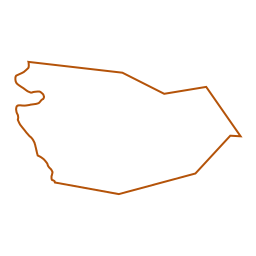 Gualala, Santa Bárbara, Honduras
{"feature_id": "27666195B84597002869459", "entity_name": "Gualala", "entity_type": "district", "adm_level": 2, "iso_a3": "HND", "parent_name": "Honduras", "parent_adm1": "Santa Bárbara", "projection": "orthographic", "projection_center": [-88.228, 15.004], "detail": "fine", "context": "isolated", "style": "outline", "palette": "amber", "viewbox_px": 256, "rotation_deg": 0, "n_neighbors": 0, "source": "geoboundaries", "source_scale": "gbopen_adm2", "svg_char_len": 4483}
<svg xmlns="http://www.w3.org/2000/svg" viewBox="0 0 256 256"><path d="M240.6,136.3L206.2,86.9L164.2,93.8L122.4,72.7L28.5,61.9L28.6,62.2L28.6,62.4L28.6,62.8L28.7,63.5L28.7,64.4L28.8,64.8L28.8,65.2L28.8,65.8L28.7,66.3L28.7,66.5L28.7,66.9L28.6,67.1L28.6,67.3L28.4,67.6L28.4,67.8L28.3,68.0L28.2,68.1L27.8,68.5L27.0,69.2L25.8,70.3L24.5,71.4L24.3,71.6L24.1,71.8L23.9,71.9L23.6,72.1L23.1,72.4L22.9,72.5L22.6,72.6L22.4,72.8L21.9,73.0L21.1,73.4L19.3,74.2L17.6,75.0L16.7,75.4L16.4,75.5L16.2,75.7L16.1,75.8L15.9,76.1L15.8,76.4L15.7,76.5L15.6,76.8L15.5,77.1L15.5,77.5L15.4,77.7L15.4,78.0L15.4,78.3L15.4,78.5L15.4,78.8L15.4,79.1L15.4,79.5L15.4,79.8L15.5,80.2L15.6,80.6L15.6,81.0L15.7,81.4L15.8,81.6L15.9,81.8L16.0,82.0L16.1,82.4L16.2,82.6L16.4,82.8L16.5,83.1L16.8,83.4L16.9,83.5L17.0,83.6L17.2,83.9L17.4,84.0L17.8,84.4L18.2,84.7L18.5,84.9L18.9,85.2L19.1,85.4L19.6,85.7L21.2,86.8L23.1,88.0L23.6,88.3L23.8,88.5L24.7,89.2L25.2,89.5L25.9,90.1L26.7,90.6L27.0,90.9L27.3,91.0L27.5,91.2L27.7,91.3L27.9,91.4L28.6,91.7L29.3,92.0L29.6,92.1L30.1,92.3L30.3,92.4L30.6,92.5L30.8,92.6L31.1,92.6L31.4,92.6L31.5,92.6L31.8,92.5L32.1,92.5L32.4,92.3L32.7,92.2L32.9,92.2L33.1,92.1L33.4,92.0L33.8,92.0L34.0,91.9L35.0,91.8L35.8,91.7L37.0,91.6L37.6,91.5L38.0,91.5L38.3,91.5L38.8,91.5L39.1,91.5L39.3,91.5L39.5,91.6L39.8,91.7L40.1,91.8L40.3,91.9L40.4,92.0L40.6,92.1L41.0,92.4L41.7,93.0L42.5,93.7L42.9,94.1L43.0,94.2L43.1,94.3L43.5,95.1L43.6,95.4L43.7,95.8L43.8,96.2L43.9,96.4L44.0,96.6L44.0,96.8L44.0,97.0L43.9,97.5L43.8,97.8L43.7,98.0L43.6,98.3L43.5,98.5L43.4,98.6L43.3,98.8L43.2,98.8L43.1,99.0L42.9,99.1L42.4,99.4L42.2,99.5L41.6,99.9L41.5,100.0L41.4,100.1L40.9,100.7L40.4,101.3L40.1,101.7L39.6,102.2L39.4,102.5L39.2,102.7L39.1,102.8L38.9,102.9L38.6,103.1L38.4,103.2L38.1,103.3L37.9,103.4L37.6,103.5L37.4,103.5L36.9,103.7L36.4,103.8L36.0,103.9L35.8,104.0L35.3,104.0L34.0,104.2L33.3,104.3L31.7,104.5L31.1,104.6L30.8,104.6L30.6,104.7L30.3,104.7L29.7,104.9L29.3,105.0L29.1,105.0L28.6,105.1L27.9,105.2L27.3,105.3L26.6,105.4L26.0,105.5L25.4,105.5L24.8,105.6L24.3,105.6L24.2,105.6L23.7,105.6L22.8,105.5L21.8,105.5L21.3,105.4L20.4,105.3L19.8,105.3L19.6,105.3L19.4,105.3L19.2,105.3L18.8,105.3L18.5,105.4L18.3,105.4L18.2,105.4L18.1,105.5L17.9,105.5L17.7,105.7L17.5,105.8L17.3,105.8L17.1,106.0L16.9,106.2L16.8,106.3L16.7,106.4L16.7,106.5L16.5,107.0L16.4,107.2L16.3,107.6L16.3,108.0L16.2,108.3L16.1,108.9L16.1,109.0L16.1,109.5L16.2,110.1L16.4,111.3L16.5,112.0L16.6,112.3L16.7,112.5L16.9,113.2L17.2,113.7L17.2,113.8L17.4,114.1L17.6,114.5L17.8,114.9L17.8,115.1L17.9,115.3L18.0,115.7L18.0,116.0L18.1,116.4L18.1,116.9L18.2,117.2L18.2,117.4L18.2,117.6L18.2,117.9L18.2,118.1L18.1,118.4L18.0,118.9L18.0,119.2L17.9,119.3L17.9,119.5L17.8,119.8L17.9,120.0L18.3,120.9L18.6,121.6L19.2,122.9L19.9,124.2L20.0,124.4L20.1,124.6L22.2,127.3L23.5,128.9L24.8,130.5L26.4,132.6L28.2,134.6L28.5,135.0L28.8,135.4L29.2,135.7L29.5,136.1L29.8,136.4L30.0,136.5L30.3,136.8L30.6,137.0L31.1,137.4L31.2,137.5L31.3,137.7L31.7,138.1L32.0,138.5L32.3,138.8L32.6,139.3L32.9,139.7L33.1,140.1L33.3,140.3L33.4,140.6L33.6,141.0L34.0,141.7L34.1,141.9L34.2,142.2L34.4,142.5L34.5,142.9L34.6,143.0L34.8,143.9L35.0,144.4L35.2,145.1L35.3,145.4L35.3,145.6L35.4,146.1L35.5,146.5L36.1,148.8L36.1,149.1L36.2,149.4L36.3,149.8L36.3,150.0L36.4,150.3L36.5,150.4L36.5,150.7L36.5,150.9L36.6,151.0L36.8,152.0L37.0,153.0L37.5,154.6L37.5,154.8L37.6,155.1L37.7,155.5L38.7,156.0L39.2,156.2L39.7,156.4L40.0,156.6L40.2,156.8L41.2,157.3L41.3,157.4L42.4,158.2L43.6,159.1L43.9,159.4L44.0,159.5L44.9,160.5L45.5,161.2L46.0,161.9L46.3,162.2L46.6,162.6L46.8,162.9L47.0,163.2L47.2,163.5L47.3,163.7L47.4,163.9L47.5,164.2L47.6,164.4L47.6,164.6L47.7,165.0L47.8,165.2L47.9,165.4L47.9,165.6L48.0,165.8L48.2,166.1L48.4,166.4L48.5,166.5L48.8,167.0L49.0,167.2L49.2,167.5L49.4,167.7L49.6,167.9L49.8,168.1L50.2,168.5L50.4,168.7L50.7,168.9L50.9,169.2L51.0,169.3L51.2,169.6L51.4,169.9L51.8,170.5L51.9,170.8L52.0,171.0L52.3,171.6L52.4,171.8L52.4,172.0L52.5,172.1L52.5,172.3L52.5,172.5L52.4,172.7L52.4,172.9L52.4,173.1L52.2,173.7L52.1,174.2L52.0,174.7L51.9,175.1L51.8,175.4L51.6,175.8L51.6,176.0L51.5,176.3L51.5,176.5L51.5,177.2L51.5,177.6L51.5,178.0L51.5,178.3L51.6,178.7L51.6,179.0L51.7,179.3L51.8,179.5L51.9,179.8L52.0,179.9L52.1,180.0L52.3,180.1L52.5,180.2L52.9,180.2L53.1,180.3L53.3,180.4L53.5,180.5L53.8,180.7L54.0,180.8L54.3,181.0L54.5,181.2L54.6,181.3L54.7,181.6L54.8,181.8L54.8,182.0L54.8,182.3L54.9,182.5L118.8,194.1L195.4,173.5L230.3,135.7L240.6,136.3Z" fill="none" stroke="#b45309" stroke-width="2"/></svg>